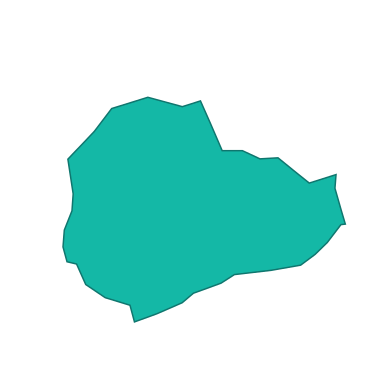 Svedala, Skåne, Sweden (Albers equal-area conic projection), rotated 340°
{"feature_id": "70781695B13433668994781", "entity_name": "Svedala", "entity_type": "district", "adm_level": 2, "iso_a3": "SWE", "parent_name": "Sweden", "parent_adm1": "Skåne", "projection": "albers", "projection_center": [13.297, 55.571], "detail": "fine", "context": "isolated", "style": "filled", "palette": "teal", "viewbox_px": 384, "rotation_deg": 340, "n_neighbors": 0, "source": "geoboundaries", "source_scale": "gbopen_adm2", "svg_char_len": 636}
<svg xmlns="http://www.w3.org/2000/svg" viewBox="0 0 384 384"><g transform="rotate(340 192 192)"><path d="M93.5,294.4L117.3,294.4L144.9,292.7L158.7,287.6L188.1,287.6L203.6,284.1L239.8,292.7L269.1,297.9L286.4,292.7L301.9,285.7L320.8,273.6L325.1,274.6L326.0,259.8L327.6,237.4L333.3,224.9L305.2,223.7L294.8,206.5L284.5,189.3L267.2,184.1L253.5,170.4L234.5,163.5L232.8,134.3L231.1,109.3L212.1,108.5L182.9,87.9L145.1,86.1L121.0,101.6L103.8,110.2L93.6,115.2L86.6,118.7L79.7,153.1L72.8,168.6L59.0,184.1L52.0,199.5L50.7,214.8L58.9,220.2L60.5,242.6L74.3,261.6L95.0,277.2L93.5,294.4Z" fill="#14b8a6" stroke="#0f766e" stroke-width="1.5"/></g></svg>